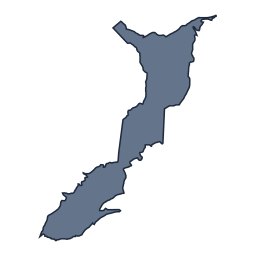 Moravia, San José, Costa Rica (orthographic projection)
{"feature_id": "36466004B8745227271040", "entity_name": "Moravia", "entity_type": "district", "adm_level": 2, "iso_a3": "CRI", "parent_name": "Costa Rica", "parent_adm1": "San José", "projection": "orthographic", "projection_center": [-84.02, 10.01], "detail": "fine", "context": "isolated", "style": "filled", "palette": "slate", "viewbox_px": 256, "rotation_deg": 0, "n_neighbors": 0, "source": "geoboundaries", "source_scale": "gbopen_adm2", "svg_char_len": 5794}
<svg xmlns="http://www.w3.org/2000/svg" viewBox="0 0 256 256"><path d="M113.0,27.9L127.5,43.2L130.5,43.1L132.6,44.7L133.4,45.1L133.8,45.5L134.5,46.5L136.1,47.4L136.4,47.8L136.7,48.6L136.9,49.8L137.4,50.9L137.8,51.4L139.7,52.9L140.1,57.1L140.0,62.4L142.9,67.1L143.2,70.0L144.8,71.7L145.5,72.2L146.8,72.8L147.1,73.5L147.1,75.4L146.9,76.9L146.9,78.6L145.7,81.8L145.7,82.4L145.9,82.9L146.1,83.9L146.1,86.6L145.7,87.9L145.7,90.3L145.7,91.3L146.0,92.0L145.9,96.6L144.9,99.1L143.6,101.3L143.5,102.1L143.0,103.5L143.0,103.9L142.4,104.1L140.4,103.4L139.5,103.4L138.8,103.8L137.5,105.6L136.7,106.3L135.3,107.2L133.6,107.6L133.0,107.9L132.0,108.6L131.0,109.7L130.3,110.2L129.0,110.3L128.4,110.5L128.1,111.0L127.9,112.2L128.1,114.0L128.1,115.0L128.0,115.3L127.3,115.5L126.9,115.9L126.3,116.9L125.8,117.6L124.0,118.8L123.0,119.7L118.7,152.8L118.1,160.8L117.6,162.1L115.3,162.2L115.0,162.3L114.2,162.4L113.9,162.5L113.2,162.5L112.5,162.9L111.1,162.9L110.2,162.5L109.7,162.5L108.0,163.4L106.6,163.6L106.1,164.2L105.8,164.9L105.6,166.1L105.3,166.6L104.8,167.0L104.2,167.2L103.4,167.2L103.4,166.5L103.7,166.1L103.7,165.4L103.4,165.0L101.1,164.6L100.7,164.7L100.1,165.7L99.5,166.3L97.9,166.9L97.3,167.0L96.6,167.3L95.6,168.0L93.6,170.2L92.4,171.2L92.2,171.5L89.9,173.1L88.8,173.6L87.9,173.7L85.1,173.7L83.2,172.8L83.2,173.1L83.8,173.8L86.2,175.1L87.6,177.0L87.4,177.2L86.8,177.4L85.4,177.4L85.0,177.7L84.9,178.6L85.2,179.3L85.2,180.0L83.2,181.5L81.9,181.7L81.8,181.9L81.4,182.7L81.4,183.0L81.9,184.6L81.9,185.0L81.6,185.3L80.1,185.5L79.5,184.4L79.0,184.1L78.2,183.9L78.1,185.5L78.0,185.8L76.4,187.9L76.2,188.6L75.6,189.6L75.2,190.0L74.4,191.7L73.7,192.7L72.8,193.3L71.3,193.2L70.0,193.7L69.2,193.9L68.1,193.9L66.5,193.2L65.6,193.1L64.2,192.9L62.5,193.0L62.9,194.0L63.5,194.9L64.5,195.8L65.5,196.5L66.4,197.5L66.2,198.6L65.6,199.6L65.5,200.1L65.1,200.6L64.7,200.7L61.7,200.6L60.9,202.0L60.3,205.7L59.5,207.1L58.1,209.1L57.4,209.7L56.8,210.0L55.8,210.9L51.4,213.9L48.5,215.4L48.1,215.8L47.6,216.7L47.2,219.5L46.5,221.4L45.4,223.3L44.7,225.4L44.0,226.1L43.3,227.5L42.9,230.3L42.6,230.8L41.7,231.7L39.9,236.6L40.9,235.8L41.3,235.6L42.5,234.4L43.2,234.1L43.7,234.1L44.8,235.0L44.9,236.2L46.7,236.2L46.9,236.8L47.2,237.1L50.8,237.9L50.9,238.5L51.2,238.8L54.8,239.3L55.2,240.3L55.4,240.5L56.0,240.6L56.5,240.4L57.0,239.7L58.7,239.7L60.4,239.0L61.5,238.8L64.5,238.8L65.5,238.9L66.1,239.1L67.8,239.1L68.7,238.7L69.8,238.7L71.1,238.0L71.9,237.8L72.3,237.3L73.1,236.7L73.8,236.5L75.5,236.5L75.7,236.1L75.7,235.6L75.9,235.5L77.8,236.1L79.3,235.9L81.9,234.7L82.4,233.9L82.9,232.8L85.4,229.7L87.3,228.2L88.7,227.5L92.7,223.1L92.9,223.7L94.2,224.5L95.5,222.2L100.8,217.6L103.7,216.2L104.6,215.5L105.3,215.2L106.4,214.3L116.1,211.8L119.4,211.7L120.5,210.7L120.0,210.2L119.2,209.6L107.5,209.7L106.7,209.0L105.5,208.4L103.7,210.4L103.0,210.6L99.7,210.6L99.6,209.8L99.7,209.6L99.7,209.0L100.0,208.5L101.5,206.1L102.1,204.9L103.2,203.5L104.2,202.7L104.9,202.3L105.7,201.7L106.0,201.7L107.2,200.8L108.0,200.5L108.4,200.2L109.0,200.2L109.6,199.8L109.8,199.8L110.7,199.1L112.7,198.3L113.7,197.5L114.8,196.3L115.8,195.5L116.1,195.5L116.4,195.2L117.1,194.8L120.9,193.9L122.0,193.4L123.9,193.3L123.9,192.5L122.8,188.8L122.8,186.9L123.0,186.4L123.2,186.0L123.5,184.1L123.8,183.4L123.8,182.3L124.1,181.3L124.5,180.0L125.1,178.8L125.4,178.7L125.9,177.6L125.9,175.4L125.3,173.8L125.2,173.3L123.7,170.2L123.4,169.0L123.9,168.4L126.2,167.6L127.7,167.3L128.2,167.0L128.9,166.9L128.9,166.6L129.8,166.3L130.7,165.8L131.4,165.7L131.5,165.4L131.5,165.2L129.9,163.0L129.9,161.9L130.3,161.4L130.9,161.2L131.2,160.8L131.5,160.8L132.2,160.2L134.0,158.9L136.6,158.1L137.6,157.9L138.2,159.2L138.8,159.9L139.7,160.3L140.5,160.3L141.2,159.8L141.2,159.6L141.8,159.1L142.2,157.7L142.2,157.2L140.5,155.5L140.0,154.3L139.7,152.9L139.9,152.5L141.6,152.3L142.7,151.9L143.0,151.6L144.3,148.4L145.2,147.5L145.3,144.9L149.3,144.8L149.8,145.0L150.8,146.0L151.3,146.3L151.6,146.1L151.9,144.8L152.4,144.2L152.7,144.1L152.3,144.4L153.6,143.9L154.1,143.4L155.1,142.9L156.7,142.4L157.2,142.4L158.1,141.9L159.8,141.7L160.6,142.6L161.5,143.3L162.0,143.8L162.5,143.8L162.9,143.2L164.5,108.8L169.5,105.8L173.9,105.8L175.6,104.9L179.3,104.8L179.9,103.6L181.7,101.1L181.9,100.7L183.6,98.7L184.8,96.0L186.3,93.8L186.8,92.5L189.0,88.0L189.4,87.0L189.7,84.9L189.8,79.9L189.7,79.3L189.7,78.6L189.4,78.0L188.1,76.2L188.8,66.8L189.0,65.7L189.4,65.1L189.4,63.2L189.5,62.9L190.6,62.1L191.7,62.0L193.3,61.5L193.5,61.3L193.8,60.5L193.9,59.6L193.9,58.4L193.8,57.9L193.1,57.1L192.8,56.1L191.9,54.7L191.6,53.6L191.6,52.9L192.4,50.5L192.7,49.4L192.6,44.8L193.1,43.2L194.3,41.4L194.9,40.2L195.0,38.4L194.6,36.6L194.6,35.3L195.0,35.0L195.3,34.9L196.0,34.9L196.9,35.3L195.4,31.4L193.4,28.3L193.2,27.7L193.2,26.8L193.3,26.7L193.6,26.8L194.2,27.1L196.3,29.7L197.0,30.2L197.4,30.4L198.1,30.4L198.9,30.7L199.4,30.1L199.6,29.6L199.9,27.5L200.2,26.7L201.3,25.2L202.0,24.5L203.4,22.2L202.1,22.0L201.2,21.7L201.1,20.6L201.5,20.0L202.6,19.5L204.4,19.1L207.5,19.0L208.8,19.3L210.9,20.2L211.7,20.3L212.4,18.2L212.9,18.2L213.5,17.9L213.9,17.9L214.3,17.4L215.0,16.7L216.1,16.3L216.1,15.5L215.6,15.4L214.8,15.9L211.0,17.0L207.9,17.6L207.0,17.6L206.2,17.7L201.6,17.7L198.6,17.6L196.3,18.8L194.9,19.8L193.8,20.3L192.3,20.7L191.3,21.2L189.7,22.6L187.2,24.1L185.9,25.4L184.6,25.7L182.4,25.7L182.0,25.9L180.6,27.0L179.2,28.8L176.3,31.1L174.4,32.0L172.8,33.0L170.9,33.8L166.0,36.8L163.6,35.1L162.4,35.2L161.2,35.4L158.7,35.4L156.7,34.3L155.7,33.2L154.8,32.6L154.5,32.5L152.8,32.5L152.1,32.7L149.7,33.9L146.5,36.0L145.6,36.4L144.8,37.0L143.3,37.5L143.4,36.8L143.7,36.1L143.6,35.6L142.8,35.4L140.3,35.4L138.8,34.6L137.7,33.8L136.0,33.1L134.2,31.6L129.0,29.6L126.4,29.1L126.2,28.1L126.0,26.9L125.4,25.4L124.9,24.7L123.4,23.6L121.6,21.8L120.8,21.3L113.0,27.9Z" fill="#64748b" stroke="#1e293b" stroke-width="1.5"/></svg>